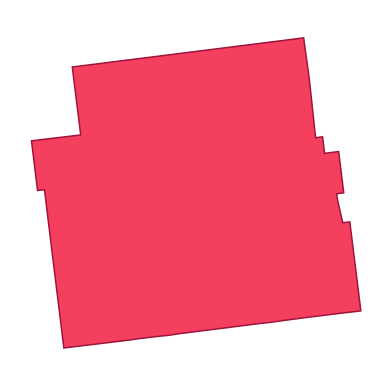 the district of Kootenai, Idaho, United States of America, rotated 263°
{"feature_id": "52423323B63965219739114", "entity_name": "Kootenai", "entity_type": "district", "adm_level": 2, "iso_a3": "USA", "parent_name": "United States of America", "parent_adm1": "Idaho", "projection": "robinson", "projection_center": [-116.9, 47.679], "detail": "fine", "context": "isolated", "style": "filled", "palette": "rose", "viewbox_px": 384, "rotation_deg": 263, "n_neighbors": 0, "source": "geoboundaries", "source_scale": "gbopen_adm2", "svg_char_len": 739}
<svg xmlns="http://www.w3.org/2000/svg" viewBox="0 0 384 384"><g transform="rotate(263 192 192)"><path d="M52.8,45.8L52.8,51.2L52.8,55.1L52.7,113.5L52.9,121.7L52.8,143.1L52.6,149.0L52.6,149.8L52.6,151.6L52.6,151.8L52.8,159.5L52.8,160.0L52.9,164.0L53.0,164.3L52.9,170.5L53.0,178.5L53.0,189.8L53.0,191.4L53.0,192.3L53.1,219.0L53.2,243.2L53.1,250.9L53.0,251.0L53.2,263.4L53.3,266.0L53.3,268.6L53.5,290.4L53.5,297.5L53.5,311.4L53.5,322.4L53.5,328.9L53.4,340.8L53.4,345.1L143.1,345.0L143.1,337.9L167.1,335.4L172.7,335.4L172.6,342.5L214.3,342.5L214.2,328.3L230.9,328.3L230.8,321.3L289.6,322.2L331.4,321.6L330.7,88.4L262.2,88.5L262.4,38.9L212.3,38.9L212.2,45.9L186.9,45.8L52.8,45.8Z" fill="#f43f5e" stroke="#9f1239" stroke-width="1.5"/></g></svg>